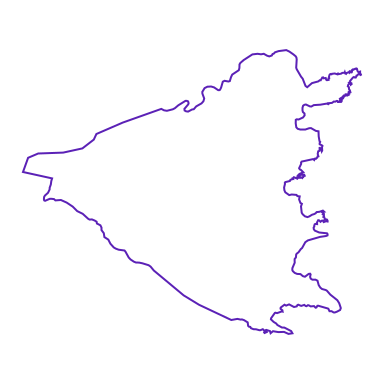 La Pointe, Praslin, Saint Lucia
{"feature_id": "8701671B89606244104668", "entity_name": "La Pointe", "entity_type": "district", "adm_level": 2, "iso_a3": "LCA", "parent_name": "Saint Lucia", "parent_adm1": "Praslin", "projection": "orthographic", "projection_center": [-60.889, 13.846], "detail": "fine", "context": "isolated", "style": "outline", "palette": "violet", "viewbox_px": 384, "rotation_deg": 0, "n_neighbors": 0, "source": "geoboundaries", "source_scale": "gbopen_adm2", "svg_char_len": 5950}
<svg xmlns="http://www.w3.org/2000/svg" viewBox="0 0 384 384"><path d="M150.6,266.6L153.8,270.5L183.7,295.4L199.1,304.8L231.3,320.0L237.4,318.9L240.8,319.6L241.9,319.4L244.0,320.1L247.7,322.4L248.1,325.8L249.0,326.7L250.3,326.9L251.0,328.2L253.5,329.2L256.1,329.3L259.4,330.2L260.4,330.2L262.8,329.2L264.8,331.3L264.1,332.4L264.6,333.0L266.8,332.0L265.8,330.1L266.3,329.9L270.0,331.1L270.6,333.2L273.0,331.2L278.4,332.1L284.0,331.9L288.5,333.9L292.4,333.3L291.2,331.1L284.4,327.6L281.9,327.5L277.4,325.0L276.2,323.5L273.6,321.9L270.9,319.3L271.1,318.2L274.8,313.0L275.3,312.7L277.1,313.1L281.9,311.4L282.6,311.6L282.4,310.3L280.6,308.9L280.5,308.1L280.9,307.4L284.5,304.7L286.1,305.6L289.1,304.4L294.0,307.0L296.7,306.4L297.4,305.1L298.2,304.7L301.2,305.9L304.3,304.9L305.6,306.0L306.5,306.2L307.9,305.2L308.7,305.3L310.7,306.4L314.0,306.1L315.6,307.7L316.4,307.5L317.4,305.8L318.1,305.7L327.5,308.4L328.3,308.7L329.5,311.2L331.6,311.2L333.5,312.4L334.7,312.5L336.9,311.7L340.1,310.0L340.8,308.1L340.5,307.1L339.2,303.2L337.3,300.2L330.3,294.6L326.9,290.7L325.7,290.0L322.0,289.0L320.3,287.6L318.7,285.1L317.5,280.7L315.6,279.7L312.4,279.7L310.7,278.6L310.1,276.9L310.6,274.4L310.1,273.7L308.7,273.9L305.0,276.7L304.4,276.6L302.8,276.1L300.5,274.1L297.1,273.9L294.7,272.9L292.8,271.1L292.3,270.0L292.4,268.1L294.7,262.7L294.6,259.6L294.7,258.9L295.9,257.5L296.2,254.4L296.8,253.6L298.5,252.3L300.8,249.1L302.1,248.0L305.3,242.2L307.9,240.4L320.0,236.9L326.0,236.0L327.5,235.4L327.6,234.2L327.0,233.3L319.2,232.5L314.8,230.6L313.8,229.2L313.6,227.6L314.3,226.5L314.2,225.8L314.7,224.3L315.4,223.9L317.1,224.1L317.0,222.4L318.2,220.2L319.0,220.3L320.5,221.8L321.7,220.7L323.9,220.5L324.0,220.9L323.4,221.6L323.7,222.1L325.8,221.3L326.2,220.4L327.2,221.5L327.6,221.5L327.6,220.8L327.0,219.6L324.8,219.0L324.3,217.3L323.4,216.9L324.0,216.0L323.9,215.4L323.0,214.5L323.9,214.1L323.8,213.5L321.9,212.1L321.9,211.8L324.0,211.6L322.9,210.6L319.4,211.8L316.6,212.1L315.6,213.3L314.1,214.1L312.1,214.7L309.3,216.4L307.5,217.1L304.9,216.3L302.7,214.3L301.7,212.7L301.0,206.3L301.9,203.8L300.4,202.9L299.1,199.4L299.7,196.4L297.4,196.1L296.5,194.9L291.7,194.5L289.2,195.1L285.3,192.3L284.4,190.3L284.1,187.5L285.0,183.8L284.8,182.9L285.3,182.1L289.9,181.0L290.4,179.8L292.1,179.3L292.3,178.6L293.3,178.9L293.3,177.8L293.9,177.2L297.3,178.7L297.9,177.8L298.9,177.8L298.5,177.4L296.9,177.4L297.2,177.1L299.8,176.6L299.8,177.3L300.4,177.7L301.4,177.5L302.1,177.9L302.2,177.3L303.2,177.2L303.3,176.3L304.7,175.8L304.2,174.7L301.3,174.8L301.6,173.9L300.2,174.1L299.3,175.5L298.2,175.2L299.5,173.9L303.3,172.3L300.8,169.8L299.8,169.4L299.1,168.2L301.2,163.8L301.0,162.7L301.6,161.6L313.1,159.1L314.2,160.0L314.7,158.7L315.4,158.5L315.9,158.8L317.3,157.5L317.5,156.5L318.4,156.3L317.7,153.9L318.2,151.3L319.6,150.8L319.6,147.1L320.7,149.3L321.8,150.3L321.9,151.1L322.2,150.6L322.0,147.1L322.5,145.9L321.9,145.3L319.7,144.3L319.6,143.1L320.2,141.9L319.5,141.1L318.7,136.4L318.5,131.3L315.9,130.9L311.0,128.1L309.2,128.2L305.4,129.5L300.2,129.5L297.7,128.8L296.3,127.3L295.7,123.2L295.8,119.8L296.7,119.3L298.6,119.5L303.0,117.5L304.6,115.4L304.5,113.5L302.9,112.0L302.5,110.4L302.5,107.8L303.1,105.7L304.4,104.8L305.9,104.5L309.9,106.4L311.4,106.5L313.8,105.1L320.3,104.7L326.1,103.7L327.3,103.7L328.2,104.2L328.7,103.8L328.4,103.2L332.0,102.9L333.9,101.5L335.1,101.7L336.8,100.9L337.5,101.0L337.9,102.0L341.2,101.9L341.6,101.4L341.8,100.0L341.5,99.9L340.8,101.1L340.3,101.2L339.8,100.2L340.4,98.9L340.1,98.6L341.7,97.6L342.1,98.5L343.0,98.4L343.2,98.0L342.4,97.8L343.6,96.9L342.9,96.9L342.9,96.5L343.8,95.5L344.9,95.7L345.5,94.3L346.7,94.3L346.7,95.2L347.1,95.6L348.8,94.8L348.6,93.5L349.3,93.4L348.6,92.1L349.0,91.7L350.3,91.9L349.9,90.4L349.0,89.1L348.9,87.2L347.8,86.3L348.3,84.6L349.5,83.4L350.6,83.6L350.8,84.7L351.6,84.1L351.4,83.2L349.4,82.4L350.2,81.8L350.1,80.9L353.0,77.5L353.9,77.0L355.0,77.6L355.8,77.5L356.5,75.6L357.3,75.5L357.8,74.6L359.5,73.8L360.4,75.0L361.0,74.7L360.9,74.3L360.1,73.8L360.1,71.6L359.8,71.7L359.6,72.6L358.9,72.6L357.6,71.2L356.9,68.7L356.4,68.5L356.1,69.0L355.3,68.7L353.2,69.8L352.9,69.4L352.2,69.8L351.8,70.5L352.0,71.8L351.6,72.4L351.1,72.3L350.7,71.5L349.7,72.6L349.3,71.6L348.4,72.5L347.7,72.5L346.7,73.1L345.6,72.9L345.7,73.7L345.2,73.5L344.8,72.2L344.6,72.7L342.2,72.9L341.3,73.6L337.8,74.3L337.7,73.7L337.0,74.2L334.8,73.5L332.0,73.8L331.6,74.3L330.4,74.0L329.6,74.7L329.0,76.6L329.2,78.3L328.4,78.5L328.6,79.9L326.9,80.2L326.2,79.7L325.7,78.0L323.7,78.3L323.2,77.4L322.3,77.5L320.7,80.3L319.8,80.2L318.3,81.4L312.0,83.1L307.2,87.2L305.5,85.9L302.7,78.7L301.0,76.6L296.7,69.2L296.2,67.7L296.7,59.4L296.4,57.5L295.7,56.3L293.4,54.4L289.4,51.6L286.3,50.1L278.6,51.1L275.0,52.3L273.7,53.7L272.6,54.0L271.8,55.5L269.3,56.4L267.1,55.7L263.8,53.8L261.0,54.3L257.6,53.8L252.4,54.4L243.6,60.1L240.4,62.9L239.5,64.4L239.4,68.0L238.8,70.2L232.2,74.6L231.0,77.2L229.8,81.1L228.4,81.5L224.5,80.8L222.8,81.7L221.1,87.6L220.0,89.8L219.1,90.2L218.1,90.1L214.1,87.4L211.1,86.5L207.4,86.7L204.6,88.1L202.3,91.9L202.4,93.6L204.2,98.5L203.4,101.3L201.5,103.4L196.2,106.4L193.8,109.2L192.0,109.5L188.1,111.6L186.0,111.3L184.6,110.5L184.4,108.9L188.2,104.4L188.6,103.2L188.1,101.4L186.9,100.9L185.4,100.9L178.3,105.3L174.9,108.2L172.8,109.3L166.9,110.8L164.0,110.3L161.3,108.9L122.7,122.6L96.4,134.0L93.8,139.6L82.4,148.4L63.2,152.6L38.2,153.5L28.1,157.8L23.0,172.0L52.1,178.4L51.3,181.0L50.8,184.6L49.7,187.6L49.6,189.5L48.0,192.8L44.9,195.6L44.1,197.0L43.9,199.2L44.2,200.4L45.1,200.8L49.8,198.8L51.5,198.8L54.0,199.1L55.4,200.4L60.9,200.0L66.7,202.6L72.7,206.6L77.2,211.1L82.7,213.8L88.3,218.9L89.7,219.6L91.9,219.4L94.6,220.5L96.6,221.7L96.9,223.5L100.4,225.3L101.5,227.6L101.5,230.1L103.8,233.2L104.4,237.1L108.3,239.6L110.4,243.7L113.7,247.4L115.7,248.6L118.6,249.7L124.5,250.5L125.5,251.7L128.7,257.5L130.6,259.5L133.9,261.7L135.9,262.5L139.1,262.6L142.4,263.3L148.6,265.2L150.6,266.6Z" fill="none" stroke="#5b21b6" stroke-width="2"/></svg>